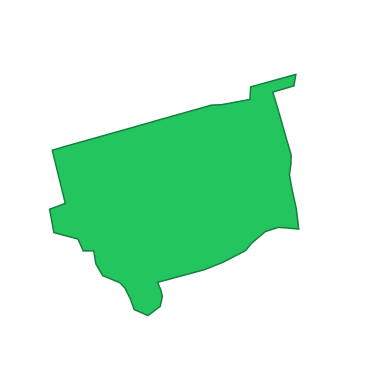 Ivoti, Rio Grande do Sul, Brazil, rotated 246°
{"feature_id": "56859067B24346229110666", "entity_name": "Ivoti", "entity_type": "district", "adm_level": 2, "iso_a3": "BRA", "parent_name": "Brazil", "parent_adm1": "Rio Grande do Sul", "projection": "natural_earth1", "projection_center": [-51.164, -29.585], "detail": "fine", "context": "isolated", "style": "filled", "palette": "green", "viewbox_px": 384, "rotation_deg": 246, "n_neighbors": 0, "source": "geoboundaries", "source_scale": "gbopen_adm2", "svg_char_len": 707}
<svg xmlns="http://www.w3.org/2000/svg" viewBox="0 0 384 384"><g transform="rotate(246 192 192)"><path d="M285.0,96.5L287.0,81.3L233.1,71.6L234.2,54.9L211.1,49.3L195.4,68.7L182.4,68.7L178.2,78.3L165.4,74.9L151.9,76.4L138.3,89.3L131.2,91.7L119.4,92.2L108.0,91.4L97.0,101.6L100.5,116.5L108.7,122.5L115.6,123.7L123.5,123.8L116.0,171.6L115.2,191.8L116.7,217.0L120.8,225.3L123.3,233.3L126.0,243.0L124.6,256.4L120.8,263.6L114.7,274.4L134.3,280.5L154.4,284.6L168.1,288.0L177.5,293.9L185.7,297.7L201.6,299.8L221.0,302.6L238.0,304.9L250.4,306.5L247.5,328.3L257.2,334.7L264.2,288.3L253.0,282.6L259.8,254.3L263.4,245.4L271.1,192.6L273.8,173.3L285.0,96.5Z" fill="#22c55e" stroke="#15803d" stroke-width="1.5"/></g></svg>